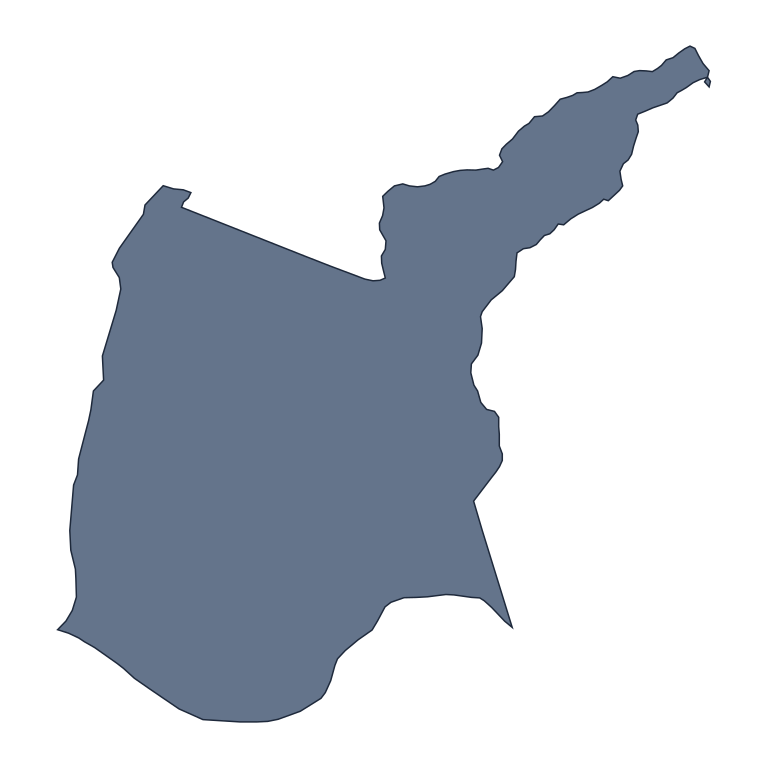 outline of Salitre, Ceará, Brazil
{"feature_id": "56859067B98262319146081", "entity_name": "Salitre", "entity_type": "district", "adm_level": 2, "iso_a3": "BRA", "parent_name": "Brazil", "parent_adm1": "Ceará", "projection": "robinson", "projection_center": [-40.29, -7.185], "detail": "fine", "context": "isolated", "style": "filled", "palette": "slate", "viewbox_px": 768, "rotation_deg": 0, "n_neighbors": 0, "source": "geoboundaries", "source_scale": "gbopen_adm2", "svg_char_len": 2737}
<svg xmlns="http://www.w3.org/2000/svg" viewBox="0 0 768 768"><path d="M57.6,629.7L68.6,633.2L78.8,638.0L84.5,641.8L94.7,647.6L116.8,663.2L123.4,668.3L134.4,678.3L149.5,688.8L161.8,697.2L179.0,708.9L202.9,719.6L239.8,721.9L257.1,721.9L267.7,721.4L278.1,719.3L300.4,711.2L321.0,698.3L325.3,692.6L330.7,680.7L334.9,665.4L337.5,658.8L345.3,650.5L358.1,639.8L372.1,630.0L377.6,620.8L385.0,606.9L390.9,602.3L404.0,597.7L416.3,597.4L427.5,596.8L445.9,594.5L453.8,594.9L471.6,597.4L479.7,597.9L484.3,600.8L491.6,607.4L504.8,621.3L512.2,627.4L482.2,530.3L473.6,501.1L491.2,478.0L495.9,472.0L499.5,466.6L502.3,460.5L502.3,453.9L499.3,446.0L499.3,434.2L498.7,426.7L498.7,417.3L494.5,411.4L486.6,409.4L480.8,402.4L477.6,391.0L473.9,385.1L470.8,372.8L471.4,363.9L477.9,355.2L481.5,343.1L482.2,328.6L480.5,316.6L482.2,311.7L485.3,307.6L491.2,299.9L502.4,290.6L506.3,286.0L514.3,276.7L515.5,269.5L516.0,261.4L517.0,252.9L523.4,248.7L530.0,247.7L536.3,244.5L540.2,239.9L544.4,235.5L549.8,233.8L554.1,229.8L558.2,224.0L563.7,224.8L570.7,218.9L578.3,214.1L585.3,210.8L592.4,207.5L599.4,203.2L603.7,199.2L608.3,200.7L619.5,190.3L622.7,185.9L621.1,179.3L619.9,171.2L623.4,163.7L628.1,160.0L631.6,154.3L633.6,146.0L636.0,138.4L638.3,131.7L637.8,125.1L635.7,120.0L637.7,114.2L645.1,111.2L652.9,107.8L658.8,105.8L667.2,102.9L673.0,98.1L677.1,92.8L681.4,90.5L686.3,87.6L693.1,82.7L699.7,79.6L707.5,77.2L709.1,70.7L703.0,63.5L698.4,55.4L694.9,48.4L690.0,46.1L684.7,48.8L679.0,52.8L673.0,57.7L666.2,59.9L661.5,65.4L657.5,68.5L652.4,71.6L646.1,70.9L639.6,70.6L634.1,71.5L627.8,75.5L620.2,78.2L612.8,76.7L607.3,81.8L601.8,85.3L594.7,89.4L588.0,92.0L582.5,92.5L577.0,92.8L572.7,95.4L566.9,97.4L560.2,99.2L554.6,105.5L548.5,111.8L542.5,116.0L534.5,116.7L529.0,123.4L524.4,126.1L518.5,131.1L512.5,139.0L506.4,144.2L501.9,148.8L499.5,155.2L502.6,161.7L498.5,167.5L493.4,170.1L488.1,168.3L483.0,169.0L475.9,170.1L467.0,169.9L460.1,170.4L453.5,171.6L444.9,174.1L439.1,176.5L435.3,181.3L430.1,184.3L424.9,185.9L417.5,186.8L409.4,185.9L402.8,183.9L394.4,185.9L388.0,191.2L382.7,196.3L384.0,207.9L382.6,215.6L379.4,223.1L379.7,229.8L382.6,234.9L386.0,240.8L385.3,249.4L381.4,256.0L381.7,263.2L383.5,270.8L385.3,278.0L380.0,280.3L373.0,280.8L364.9,279.1L330.6,266.2L305.5,256.4L181.5,207.3L183.6,201.9L188.2,198.1L190.9,192.6L183.3,189.8L173.6,188.9L163.2,185.7L145.0,205.0L143.4,214.3L119.4,248.2L112.2,262.3L113.0,267.5L119.3,277.6L120.8,289.0L116.2,310.3L102.4,356.0L103.6,380.1L93.4,391.0L90.9,409.7L88.6,420.6L85.6,432.0L78.6,459.0L77.5,474.9L73.6,485.0L69.8,530.5L70.3,540.4L70.8,550.2L75.4,569.1L75.9,578.7L76.4,597.1L72.3,610.4L66.0,621.0L57.6,629.7ZM707.5,77.2L704.6,81.9L709.1,86.9L710.4,81.4L707.5,77.2Z" fill="#64748b" stroke="#1e293b" stroke-width="1.5"/></svg>